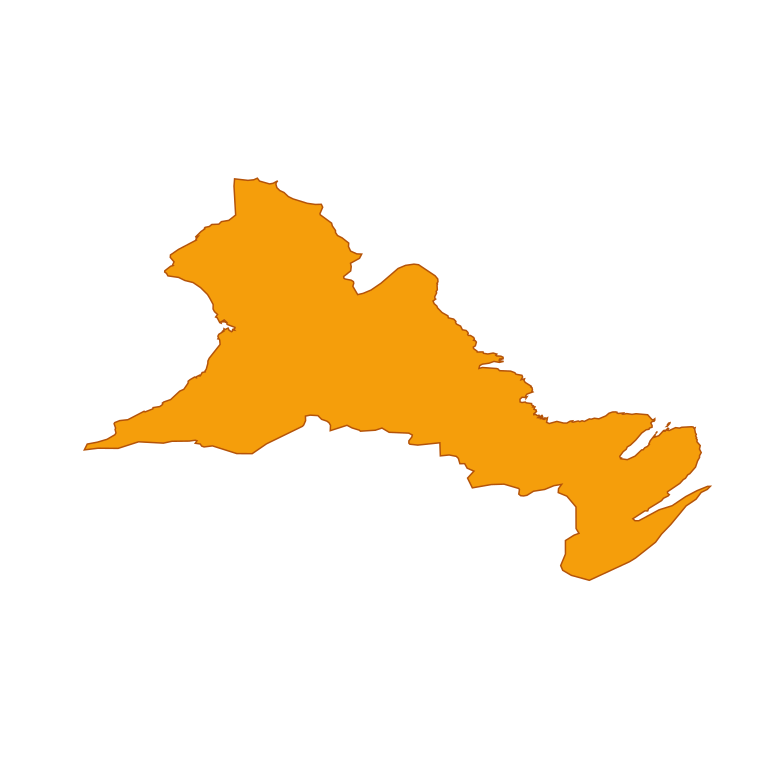 the district of Strandabyggð, Vestfirðir, Iceland, rotated 351°
{"feature_id": "244011B90835463390859", "entity_name": "Strandabyggð", "entity_type": "district", "adm_level": 2, "iso_a3": "ISL", "parent_name": "Iceland", "parent_adm1": "Vestfirðir", "projection": "robinson", "projection_center": [-21.814, 65.764], "detail": "fine", "context": "isolated", "style": "filled", "palette": "amber", "viewbox_px": 768, "rotation_deg": 351, "n_neighbors": 0, "source": "geoboundaries", "source_scale": "gbopen_adm2", "svg_char_len": 6170}
<svg xmlns="http://www.w3.org/2000/svg" viewBox="0 0 768 768"><g transform="rotate(351 384 384)"><path d="M605.3,595.2L627.5,582.7L634.7,575.6L645.4,567.5L663.4,551.6L674.2,546.6L680.3,540.7L686.8,538.7L690.3,536.1L687.6,535.7L676.5,538.3L664.4,542.4L649.5,549.3L636.0,551.3L614.3,558.9L610.5,558.3L608.7,556.0L621.8,550.1L624.6,550.6L625.9,548.4L639.9,542.6L642.1,540.6L647.2,539.0L648.5,537.9L647.0,536.3L647.1,534.8L660.7,528.4L664.7,525.2L667.0,524.3L669.8,521.2L672.0,520.4L678.7,514.8L681.7,509.0L684.2,505.9L684.4,504.2L686.6,501.4L685.4,497.6L686.7,494.3L684.0,489.9L684.6,488.0L683.8,486.8L684.4,486.1L683.7,484.1L684.6,482.6L683.9,481.1L683.8,477.2L684.4,475.9L683.2,476.1L682.6,474.8L680.8,474.3L671.2,473.3L668.9,473.8L665.2,472.7L658.3,474.6L656.8,474.0L658.1,472.5L657.5,472.0L654.4,474.5L653.2,474.4L653.8,473.7L652.9,473.7L647.3,478.1L642.5,478.9L644.3,476.0L638.1,481.7L636.3,484.5L636.7,485.0L634.4,486.9L631.7,487.7L629.6,489.5L628.1,489.4L620.7,494.5L612.5,496.8L606.3,494.9L606.8,494.2L605.9,494.1L605.5,492.3L609.7,488.2L613.0,486.4L614.4,484.2L617.8,482.9L623.8,478.8L630.9,472.7L635.8,470.2L638.6,470.2L639.3,469.1L642.0,468.6L642.3,466.9L641.4,464.3L643.2,462.9L644.8,463.1L645.8,462.1L646.0,460.7L644.5,461.5L643.1,461.1L639.6,455.6L628.3,452.8L624.2,452.8L619.2,451.2L615.3,451.3L614.9,451.1L616.1,450.1L610.6,449.7L609.6,449.0L609.7,448.3L608.4,447.8L605.3,447.4L601.5,448.1L598.1,450.2L590.7,452.0L586.4,450.7L583.2,451.2L581.4,450.6L576.1,452.3L573.9,451.3L571.5,451.8L570.0,450.9L564.7,451.3L563.7,450.7L564.5,449.9L562.1,449.8L558.5,451.2L555.3,450.7L548.9,448.0L541.0,448.9L538.6,447.3L540.2,442.9L536.6,444.1L535.5,443.5L536.7,442.7L533.8,442.7L536.0,440.6L533.4,442.1L535.7,439.4L533.3,440.5L533.1,441.9L530.8,441.3L532.6,440.3L532.2,439.1L530.4,439.2L529.0,437.7L527.2,437.7L527.3,436.8L530.8,434.8L529.9,434.9L530.3,433.6L528.1,432.4L529.5,430.2L527.3,429.9L528.1,428.9L526.6,427.8L526.7,426.4L521.6,424.9L520.7,423.9L517.4,423.9L515.6,423.0L515.9,420.3L518.2,418.7L522.2,419.5L522.1,420.2L523.2,419.0L521.6,419.2L522.2,417.7L523.7,416.3L529.8,415.1L528.9,414.1L529.7,413.2L529.6,410.7L528.5,409.8L529.0,409.2L523.7,404.5L522.8,402.4L523.6,400.9L520.1,401.2L522.0,398.8L521.6,397.0L515.9,395.0L515.0,393.3L511.1,391.1L500.2,388.9L498.9,386.9L497.5,386.3L483.8,383.1L480.2,383.5L481.4,380.8L484.2,379.8L491.0,379.9L496.1,378.9L501.4,380.7L505.7,380.4L501.6,379.2L501.4,378.5L502.3,377.3L505.6,377.7L505.8,376.2L503.8,374.8L499.7,373.9L498.9,373.1L500.1,372.1L496.7,370.5L491.2,370.6L487.0,369.2L486.8,367.8L481.1,367.0L481.1,366.2L478.0,363.0L478.0,361.5L480.2,360.6L481.8,357.1L481.1,355.7L479.3,354.8L480.3,353.9L479.9,352.1L477.0,349.6L474.9,349.2L474.4,348.1L475.1,347.2L474.9,346.1L473.5,344.0L469.9,342.7L468.7,338.8L464.9,336.1L464.3,334.2L464.8,333.4L463.0,330.8L457.9,328.7L457.8,326.7L452.5,322.5L448.8,317.2L448.4,315.3L446.1,312.5L445.4,309.7L448.3,308.2L447.7,307.6L447.7,305.8L450.2,302.3L450.0,300.7L451.4,299.3L451.9,294.4L452.5,293.7L452.0,292.9L453.3,291.5L453.5,288.6L451.4,285.1L436.8,271.6L432.3,270.3L423.8,270.2L416.0,272.1L396.8,284.0L385.8,289.2L377.6,291.2L372.0,291.6L368.5,282.6L369.9,279.8L369.8,278.1L367.8,276.3L362.0,274.2L360.9,273.2L361.0,271.5L368.8,267.1L370.0,262.9L369.8,259.5L379.5,256.0L382.3,252.2L377.4,251.2L371.8,247.5L370.4,242.7L371.2,239.3L365.5,233.1L361.3,230.1L359.8,226.8L360.1,224.8L357.7,219.8L357.4,216.9L347.5,206.9L347.4,205.7L351.1,199.8L350.2,196.7L344.2,195.9L336.4,193.5L323.2,187.0L318.8,183.9L315.2,179.2L311.3,176.6L308.9,173.3L308.5,169.8L309.1,168.2L310.8,166.7L305.9,168.4L302.3,168.5L292.8,164.1L291.1,160.9L287.3,161.9L281.5,161.6L268.5,158.0L266.8,165.1L263.9,193.9L256.3,198.1L248.8,198.2L245.8,200.3L238.9,199.5L236.1,201.1L231.8,201.3L231.0,202.0L231.3,202.7L227.1,204.8L220.6,209.5L223.5,209.1L220.9,211.5L221.3,212.4L202.1,218.9L193.3,223.1L192.7,225.5L195.7,230.5L193.8,233.4L194.3,234.0L191.7,234.3L185.2,237.9L184.9,239.1L186.5,240.7L187.5,243.4L197.8,246.6L203.5,250.6L211.3,253.9L217.9,260.1L223.7,268.0L225.4,272.1L227.7,278.8L226.9,283.2L227.9,286.0L230.5,289.3L228.2,291.5L229.6,292.4L231.4,297.7L232.6,298.4L232.4,297.2L235.6,297.5L233.9,296.7L236.2,295.7L237.9,297.9L235.8,297.4L238.3,298.9L238.4,300.6L245.7,304.8L245.2,306.0L243.7,306.3L244.6,307.4L242.9,306.9L242.3,308.3L241.5,308.5L239.4,306.7L238.8,304.4L234.7,305.6L235.1,304.9L234.6,304.4L234.2,305.8L233.0,306.5L233.7,306.9L228.6,309.1L227.4,310.8L227.7,312.5L227.0,313.4L228.2,313.8L228.6,315.0L228.3,319.3L215.4,331.2L213.7,333.7L213.2,336.2L210.7,341.7L209.3,343.1L209.4,344.0L206.2,344.2L203.9,347.2L202.0,347.0L204.0,346.2L199.7,347.5L199.7,348.4L198.0,347.5L193.3,349.3L191.0,350.6L190.7,352.4L185.5,357.9L181.1,359.1L170.9,366.0L163.7,367.3L162.1,368.2L162.4,369.0L161.3,370.1L159.0,371.2L152.2,371.2L151.8,372.4L143.6,374.2L142.8,373.4L125.4,379.2L117.2,378.8L112.0,380.0L111.2,381.0L112.0,385.5L111.3,386.9L111.6,390.4L110.3,392.0L101.8,395.3L91.8,396.6L81.5,396.9L77.7,402.2L91.5,402.7L111.3,406.0L132.6,402.7L156.9,407.9L165.6,407.4L182.7,409.9L188.8,410.0L190.4,410.8L188.3,413.0L193.1,414.5L194.2,416.8L196.4,418.0L204.9,418.3L227.7,429.7L242.9,432.2L258.6,424.7L296.9,413.0L298.3,411.9L300.8,408.0L301.4,403.4L306.2,403.2L313.8,404.9L316.8,409.1L321.7,411.7L323.6,413.6L324.7,416.4L323.6,421.7L341.0,419.0L345.6,422.4L352.5,425.8L353.3,426.9L368.2,428.3L375.1,427.2L381.5,432.5L400.8,436.4L404.0,438.8L403.2,440.7L399.7,444.0L399.3,446.3L400.1,447.5L407.7,449.6L430.0,450.8L428.4,463.8L437.3,464.3L444.1,466.8L445.8,469.1L446.5,474.6L451.2,475.3L453.0,480.2L459.2,484.1L451.8,490.0L455.0,500.4L474.4,500.1L486.9,501.7L500.6,508.2L501.3,509.4L499.9,513.8L501.5,515.7L504.4,516.4L507.8,516.3L514.9,513.3L526.2,513.3L535.9,511.0L543.8,510.9L540.0,514.7L539.1,518.5L547.1,523.4L554.4,535.5L551.1,556.8L553.2,562.0L548.1,563.0L538.7,567.0L536.6,580.4L530.1,591.0L531.4,596.0L539.1,602.3L556.1,610.0L598.8,597.9L605.3,595.2ZM657.3,470.0L660.1,467.7L660.4,467.0L658.9,467.2L657.6,468.6L658.0,469.2L656.8,470.0L657.3,470.0ZM505.1,377.8L503.3,377.7L502.6,378.1L505.1,377.8ZM644.4,475.5L645.7,474.5L646.6,473.6L644.4,475.5Z" fill="#f59e0b" stroke="#b45309" stroke-width="1.5"/></g></svg>